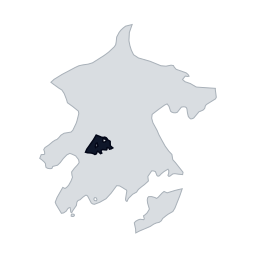 where Yevlakh Rayon sits in Azerbaijan, rotated 277°
{"feature_id": "AZE-1688", "entity_name": "Yevlakh Rayon", "entity_type": "District", "adm_level": 1, "iso_a3": "AZE", "parent_name": "Azerbaijan", "parent_adm1": "", "projection": "orthographic", "projection_center": [47.016, 40.691], "detail": "fine", "context": "in_parent", "style": "filled", "palette": "ink", "viewbox_px": 256, "rotation_deg": 277, "n_neighbors": 0, "source": "natural_earth", "source_scale": "10m", "svg_char_len": 3957}
<svg xmlns="http://www.w3.org/2000/svg" viewBox="0 0 256 256"><g transform="rotate(277 128 128)"><path d="M178.0,209.9L177.0,209.9L169.3,211.9L167.6,211.3L160.9,203.0L159.5,202.1L156.7,201.7L155.0,200.4L153.6,198.1L152.8,196.5L145.9,192.0L144.9,190.3L144.7,188.9L145.7,187.5L146.9,186.4L150.2,185.2L154.0,184.2L155.3,183.5L155.9,182.2L155.8,180.3L155.2,178.4L149.6,175.0L148.9,173.5L148.7,171.6L149.0,169.7L149.9,168.2L154.4,166.1L156.7,163.9L155.2,161.5L150.3,156.2L144.5,150.3L140.6,150.3L136.2,152.1L129.1,157.2L125.2,159.4L120.1,163.0L114.5,167.1L110.0,171.3L107.1,174.8L102.0,176.3L99.4,179.3L90.8,188.0L88.4,187.9L88.3,183.5L88.4,180.1L87.9,178.1L85.2,175.3L85.1,174.1L85.9,173.4L88.0,173.9L90.7,173.7L92.0,172.7L89.1,169.0L86.6,166.6L84.4,165.0L83.9,164.0L83.9,163.3L84.4,162.5L88.1,160.5L88.5,158.7L88.3,156.7L82.3,153.6L77.9,154.7L73.9,151.3L71.4,148.7L68.3,145.8L65.4,144.3L62.8,140.7L58.1,137.0L55.1,136.0L55.1,135.4L55.7,134.7L57.0,134.2L65.4,134.5L66.4,133.8L67.0,132.3L68.1,130.0L69.5,126.7L69.4,123.8L61.1,119.1L55.1,114.8L50.9,109.1L48.2,104.0L48.3,102.3L49.1,100.7L55.7,96.1L56.2,94.9L56.1,94.1L53.8,91.6L50.9,89.1L50.0,87.3L48.2,86.3L44.8,86.2L38.7,83.0L37.5,82.7L37.2,82.1L37.5,81.5L41.9,80.3L41.8,79.3L40.5,78.0L38.1,76.9L35.9,74.5L35.2,72.3L43.1,66.1L45.5,64.8L50.5,66.1L61.1,70.5L60.3,72.8L61.4,74.2L63.8,76.0L68.4,77.9L72.4,78.9L74.4,78.1L77.5,77.4L81.4,79.6L85.1,82.3L86.9,83.3L87.8,83.7L90.6,82.8L94.0,79.4L95.3,75.3L95.7,73.3L93.8,70.5L89.8,67.5L85.3,64.9L82.5,62.6L80.7,58.0L78.8,57.5L78.4,56.9L78.1,55.3L78.2,53.2L78.8,51.5L80.6,50.8L82.5,50.5L84.1,49.0L86.2,45.9L87.1,44.1L91.0,45.1L91.5,47.9L92.1,48.5L93.8,48.2L96.4,47.0L98.5,48.0L101.3,51.3L105.1,54.8L107.1,57.2L107.9,58.8L109.8,60.4L112.7,62.3L115.0,65.2L117.0,71.9L119.0,73.5L126.4,76.0L129.0,76.5L136.2,77.4L138.7,76.7L142.4,70.8L145.7,64.8L148.8,63.5L154.4,60.5L157.7,57.7L159.0,54.8L162.1,49.1L164.0,45.9L167.3,48.7L173.2,56.1L181.7,68.3L183.8,71.7L185.2,75.7L186.5,80.6L188.4,84.9L197.1,95.5L200.9,99.5L206.9,104.5L209.1,105.6L211.9,105.8L216.9,105.7L221.7,107.5L224.1,108.9L226.5,110.9L228.8,113.2L231.2,119.5L222.9,117.7L214.7,118.3L210.1,119.8L205.7,121.8L201.4,124.6L198.8,129.8L196.9,141.8L193.8,153.1L194.0,158.2L195.6,163.1L195.5,165.5L194.0,166.5L192.1,168.7L189.8,179.0L188.5,181.0L186.9,182.3L186.4,181.1L186.5,178.5L182.8,176.2L180.9,178.9L179.7,184.5L177.1,190.5L177.0,191.7L178.0,209.9ZM54.6,105.2L55.0,103.6L54.0,102.9L52.9,102.8L51.9,103.6L51.9,105.6L53.2,105.9L54.6,105.2ZM26.6,151.1L25.4,149.4L24.8,148.5L28.5,147.9L34.6,145.8L36.3,146.9L38.0,149.2L38.9,151.1L38.9,154.7L39.7,155.3L42.7,154.1L44.0,155.6L46.2,157.4L50.1,159.1L55.9,156.6L58.8,155.9L61.1,156.0L62.4,156.9L62.8,159.7L62.3,163.1L61.6,164.9L62.8,166.3L67.4,169.6L69.4,171.5L68.4,174.7L71.8,182.4L73.0,185.5L74.3,189.2L67.1,187.7L54.1,184.3L50.6,182.7L47.3,178.3L45.3,176.2L42.4,173.4L40.0,172.4L38.2,170.5L37.2,167.7L35.7,165.2L33.1,162.2L27.3,152.2L26.6,151.1ZM35.7,85.0L34.9,85.5L33.7,84.9L33.4,83.7L33.5,82.4L34.7,82.2L35.7,82.5L35.9,83.7L35.7,85.0Z" fill="#d9dde1" stroke="#a8b0b8" stroke-width="1"/><path d="M106.4,115.3L105.8,114.5L105.2,113.7L105.0,112.9L104.7,112.2L105.6,111.8L106.0,110.8L106.1,110.0L105.8,109.6L104.7,109.7L103.7,109.4L103.5,107.3L103.5,105.3L102.6,104.2L101.3,104.1L99.9,105.0L99.2,103.9L100.3,102.4L101.3,100.9L100.0,100.0L98.6,99.8L97.7,98.4L98.4,96.6L98.7,94.6L98.6,92.6L98.5,90.7L98.8,88.8L101.9,89.7L105.0,91.4L108.3,93.1L111.6,94.9L114.3,96.1L117.1,97.3L116.6,99.2L116.1,101.2L115.6,102.8L115.6,104.6L116.1,106.0L115.7,107.5L115.1,108.2L114.9,108.5L113.9,109.1L112.6,111.9L110.5,112.2L108.2,112.6L106.4,115.3ZM113.9,107.8L114.2,107.4L114.1,107.0L114.1,106.5L114.2,106.1L114.4,105.7L114.6,105.3L114.6,104.7L114.0,104.5L113.3,104.5L111.6,104.5L110.9,105.5L111.5,107.1L112.6,107.8L113.9,107.8ZM107.1,98.2L105.8,97.7L104.6,98.3L106.4,100.4L109.3,99.2L109.0,98.5L108.6,98.0L107.9,97.9L107.1,98.2Z" fill="#0f172a" stroke="#020617" stroke-width="1.5"/></g></svg>